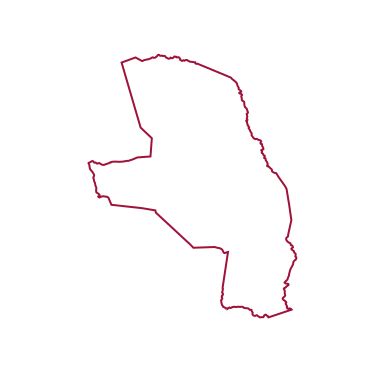 Talanga, Francisco Morazán, Honduras (Natural Earth projection), rotated 68°
{"feature_id": "27666195B86037952896272", "entity_name": "Talanga", "entity_type": "district", "adm_level": 2, "iso_a3": "HND", "parent_name": "Honduras", "parent_adm1": "Francisco Morazán", "projection": "natural_earth1", "projection_center": [-87.046, 14.389], "detail": "fine", "context": "isolated", "style": "outline", "palette": "rose", "viewbox_px": 384, "rotation_deg": 68, "n_neighbors": 0, "source": "geoboundaries", "source_scale": "gbopen_adm2", "svg_char_len": 6006}
<svg xmlns="http://www.w3.org/2000/svg" viewBox="0 0 384 384"><g transform="rotate(68 192 192)"><path d="M154.6,280.4L155.2,280.4L156.1,280.8L156.8,280.7L158.5,279.4L159.6,278.9L160.3,278.8L160.6,278.9L160.8,279.1L160.9,280.3L161.0,280.6L161.8,280.5L162.1,280.3L162.4,279.8L162.4,277.1L162.5,276.4L164.3,273.1L164.6,272.5L165.0,272.2L165.7,271.8L166.4,271.6L173.7,271.5L188.2,244.5L195.3,232.9L197.7,233.2L239.8,213.4L244.2,211.6L251.5,191.6L252.4,190.5L252.9,189.8L254.7,187.1L255.8,186.2L256.4,185.8L257.3,185.5L260.1,185.3L260.6,185.0L260.8,184.7L260.9,184.2L261.0,181.6L261.1,181.1L292.6,199.7L293.1,199.6L293.7,199.7L294.1,200.0L294.5,200.4L295.6,201.0L296.4,201.7L296.9,201.5L297.4,201.4L298.7,201.7L299.0,202.2L299.2,202.9L299.5,203.1L300.0,203.2L300.5,203.8L300.9,203.9L301.6,203.7L302.1,203.8L302.9,204.7L303.1,205.4L303.5,205.7L304.4,205.8L305.2,206.1L308.0,206.5L308.5,206.4L308.8,206.2L310.2,206.1L310.5,205.9L311.2,204.9L312.6,204.3L312.7,204.0L312.8,203.4L313.0,202.9L313.3,202.6L313.6,202.7L313.1,200.6L313.6,200.3L314.0,199.7L314.0,198.9L313.8,197.7L314.1,197.3L314.1,196.1L314.4,195.7L314.7,194.9L315.1,194.4L315.4,193.9L315.5,192.5L316.0,191.4L316.6,190.6L316.8,189.5L317.1,188.6L317.7,187.8L318.0,187.6L318.6,187.5L319.0,187.1L319.6,186.1L319.8,185.8L320.9,183.6L321.2,183.3L323.0,182.5L323.1,182.1L323.3,181.3L323.6,181.0L325.0,181.2L326.5,180.9L327.4,181.5L328.1,181.7L328.8,181.6L329.5,181.3L330.1,180.7L330.4,180.1L330.5,179.7L330.4,178.4L330.5,178.1L331.0,177.7L331.9,177.3L332.5,176.8L333.5,176.1L333.9,175.6L334.1,174.2L334.7,173.1L334.7,172.8L334.6,172.4L333.6,171.4L333.4,171.1L333.3,170.5L333.3,169.6L333.7,169.3L334.7,169.0L335.4,168.2L336.9,168.1L338.4,143.7L337.9,143.8L336.9,144.5L336.5,145.3L336.1,146.8L335.8,147.2L334.5,147.3L333.9,146.8L333.5,146.7L330.7,147.0L330.2,146.7L329.8,146.0L329.4,145.9L329.0,146.0L327.5,146.8L327.0,147.2L326.1,147.7L325.3,147.9L324.8,147.9L324.5,147.7L324.2,147.2L323.4,145.0L322.5,144.2L321.0,144.1L319.2,143.4L318.2,142.9L316.5,143.2L316.1,143.1L315.9,142.9L315.6,142.4L315.7,141.7L315.7,141.2L315.0,139.9L314.6,137.9L314.4,137.5L314.1,137.2L313.7,137.1L313.3,137.3L313.1,137.5L311.9,139.4L310.9,140.0L310.7,140.1L310.1,139.2L309.0,136.4L306.8,134.5L305.9,133.5L305.1,133.0L304.1,132.5L303.3,131.8L302.1,131.0L300.4,129.6L298.5,127.2L296.8,125.3L295.2,124.4L294.6,123.8L294.1,123.0L293.5,121.0L292.9,120.4L292.2,119.9L291.5,119.8L291.0,120.2L290.5,120.3L288.8,119.3L288.1,119.1L286.4,119.9L285.3,119.7L284.9,119.7L284.5,119.9L283.9,120.4L282.6,121.1L281.9,121.2L281.7,121.1L281.6,120.9L281.2,119.2L280.5,119.0L279.1,119.2L278.7,119.6L278.4,120.1L278.1,120.3L276.8,120.0L276.4,120.0L275.8,120.4L275.3,121.1L273.5,122.1L271.9,122.5L271.2,122.4L270.5,122.2L269.9,121.6L269.7,121.2L269.2,119.7L267.1,118.5L255.3,110.4L239.8,106.6L224.6,103.2L221.6,103.5L209.7,106.3L206.1,106.8L205.5,107.9L204.6,108.9L203.5,109.7L202.6,110.0L201.4,109.6L200.7,109.7L198.1,111.0L196.7,111.5L196.7,111.9L196.6,112.2L196.4,112.4L196.1,112.6L195.7,112.5L195.3,111.9L194.0,111.2L192.1,111.3L190.2,111.7L188.3,111.3L188.1,111.6L187.7,112.2L187.4,112.3L186.8,111.9L186.2,111.2L185.7,111.0L185.4,111.2L184.7,111.8L183.2,111.9L182.7,112.1L182.3,112.5L181.7,112.6L181.4,112.5L181.1,112.1L180.6,111.9L179.5,112.2L179.2,112.1L179.0,111.7L179.0,111.2L179.2,109.9L178.8,109.7L178.2,109.5L177.3,109.4L175.7,109.7L173.9,109.2L173.1,110.2L172.8,110.3L171.9,110.0L171.1,108.9L170.7,108.9L170.1,109.1L169.5,109.5L168.5,111.0L167.9,111.3L167.2,111.8L166.8,112.5L166.6,113.6L166.1,114.1L165.0,114.8L163.1,115.1L162.0,115.5L161.4,115.4L160.4,114.8L159.9,114.7L157.9,115.2L156.0,115.1L154.2,115.6L153.8,115.5L153.3,114.8L152.9,115.0L151.6,115.0L151.3,115.1L151.1,115.4L150.9,115.4L149.7,115.1L148.5,115.1L147.5,114.7L146.4,115.1L146.2,114.8L146.1,113.7L145.8,113.5L144.8,113.8L144.5,113.8L144.1,113.6L143.5,112.9L142.8,112.5L140.0,112.0L139.9,111.8L139.7,110.8L139.2,110.3L138.8,110.2L137.7,110.3L136.2,110.1L135.0,110.2L134.5,110.3L134.0,110.7L133.6,110.9L132.4,111.0L131.4,110.9L130.2,110.6L128.6,110.0L127.8,110.0L127.3,110.1L126.2,111.1L125.6,111.3L124.3,111.1L123.7,110.7L121.8,110.5L121.4,110.2L121.0,109.4L120.6,109.2L120.2,109.3L119.7,109.6L119.4,109.9L118.6,110.8L118.2,111.1L117.7,111.0L117.6,110.8L117.6,110.4L117.7,109.8L117.6,109.2L117.5,108.8L117.2,108.6L116.5,108.8L114.1,110.2L112.5,109.6L110.9,110.0L107.7,109.7L106.0,110.4L101.8,112.7L100.9,112.9L100.3,113.3L75.1,138.9L74.9,139.7L74.5,140.3L74.0,140.7L73.0,140.4L72.9,140.5L72.3,141.7L71.5,143.0L70.4,145.1L69.0,146.2L68.5,146.8L67.9,147.0L67.2,148.6L67.3,149.1L67.4,149.5L67.4,149.9L66.6,150.7L66.8,151.7L66.7,152.1L65.8,152.8L65.5,153.2L65.2,153.4L64.9,153.4L64.3,153.2L63.7,153.2L62.9,153.4L62.2,153.8L61.9,154.1L61.6,155.4L61.4,155.8L61.1,156.1L60.8,156.0L60.7,156.0L60.5,156.5L59.9,157.2L59.8,157.6L60.5,159.3L60.6,159.9L60.4,160.6L59.4,161.6L59.8,162.3L59.9,162.6L59.9,163.1L59.7,163.6L59.1,164.4L58.1,165.1L57.6,165.6L57.2,165.8L56.3,166.0L55.8,166.2L55.5,166.7L54.9,168.2L54.3,168.7L54.1,169.6L53.9,170.3L53.5,170.7L52.6,171.1L52.3,171.7L52.2,172.2L52.9,173.3L53.6,175.6L53.4,177.0L52.5,178.0L52.3,178.3L52.7,180.2L52.6,182.0L52.6,182.8L52.2,184.4L51.8,186.9L51.8,187.4L52.0,188.4L52.0,188.9L51.8,189.3L46.1,194.0L45.6,208.8L113.0,215.5L127.1,209.1L143.5,217.2L139.5,229.7L139.5,231.1L139.6,234.5L139.3,239.3L138.8,240.6L137.9,244.7L136.9,247.8L135.2,251.5L134.5,253.3L134.2,254.3L133.9,255.7L134.3,256.4L134.2,256.7L133.9,257.0L134.2,258.5L134.0,260.0L133.9,263.6L133.0,265.2L130.3,267.3L130.2,267.9L130.3,268.5L130.3,268.8L130.2,269.2L130.0,269.5L128.6,270.3L128.4,270.7L128.3,271.3L128.1,271.6L127.8,271.8L126.6,272.1L126.3,272.3L126.1,272.5L125.9,273.3L126.2,275.1L126.3,276.8L126.4,277.1L126.5,277.2L127.8,277.1L128.6,277.1L131.4,277.8L132.8,277.9L133.3,277.8L136.1,276.8L138.7,276.4L139.5,276.4L140.3,276.7L141.0,277.4L141.4,277.9L141.8,278.2L143.1,278.2L144.3,278.5L145.6,278.7L147.3,278.6L149.6,279.1L152.0,279.1L153.4,279.6L154.6,280.4Z" fill="none" stroke="#9f1239" stroke-width="2"/></g></svg>